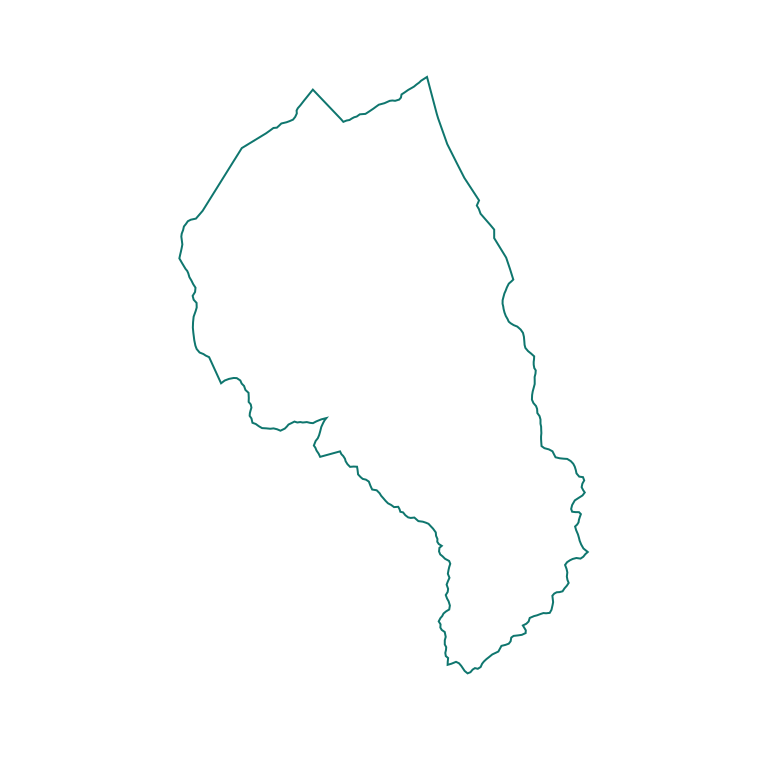 outline of Ibitiara, Bahia, Brazil, rotated 248°
{"feature_id": "56859067B85729192987981", "entity_name": "Ibitiara", "entity_type": "district", "adm_level": 2, "iso_a3": "BRA", "parent_name": "Brazil", "parent_adm1": "Bahia", "projection": "orthographic", "projection_center": [-42.366, -12.553], "detail": "fine", "context": "isolated", "style": "outline", "palette": "teal", "viewbox_px": 768, "rotation_deg": 248, "n_neighbors": 0, "source": "geoboundaries", "source_scale": "gbopen_adm2", "svg_char_len": 4977}
<svg xmlns="http://www.w3.org/2000/svg" viewBox="0 0 768 768"><g transform="rotate(248 384 384)"><path d="M644.0,480.1L643.3,477.4L642.2,472.2L641.4,468.0L643.1,462.6L642.2,458.9L642.5,456.2L642.2,453.5L641.7,450.9L642.3,448.0L642.3,444.5L645.8,443.3L683.6,428.3L678.1,418.5L676.9,416.3L673.7,410.8L672.0,407.4L670.3,405.4L667.5,404.5L664.9,401.7L663.2,398.7L663.1,394.9L663.2,391.7L664.0,386.4L662.9,383.7L661.8,380.7L662.8,377.4L661.7,373.1L660.6,368.5L659.9,364.2L656.0,340.5L651.4,334.2L646.7,327.7L612.5,280.7L607.8,271.6L608.7,266.4L608.4,263.1L606.5,260.2L605.0,257.5L602.0,255.4L599.2,252.8L596.6,251.3L592.7,250.3L588.9,249.3L585.8,247.3L583.0,245.4L579.9,243.2L577.1,241.3L572.1,242.0L568.3,242.6L565.1,243.1L562.6,243.9L560.0,244.0L556.0,243.6L552.0,244.2L548.0,244.5L543.9,245.3L540.1,243.3L537.4,239.6L533.4,239.1L529.4,240.6L525.1,239.0L522.2,236.7L517.7,232.7L512.8,230.1L507.9,227.9L502.9,226.4L499.1,225.4L495.7,224.5L490.3,223.5L486.6,223.4L482.3,224.8L479.4,227.8L477.2,229.3L474.4,231.9L445.7,233.2L446.9,237.6L446.8,242.2L445.9,246.9L444.6,249.7L441.1,252.1L437.7,252.2L434.6,253.5L430.4,253.3L426.6,255.1L421.7,253.4L418.1,251.8L415.0,252.8L411.7,252.2L409.5,250.4L407.2,248.7L404.8,247.5L401.7,248.2L397.3,247.5L395.0,250.1L391.8,252.1L388.8,254.4L387.0,258.2L385.1,261.8L384.2,265.0L382.1,267.9L379.5,270.5L379.8,275.3L380.9,277.9L382.2,280.3L382.4,283.5L382.7,286.9L380.8,289.2L380.1,292.1L378.7,294.3L377.6,298.2L375.6,301.0L374.3,303.5L374.7,307.3L374.7,312.6L374.0,317.8L372.6,315.3L370.7,313.0L367.7,309.8L364.0,307.1L360.8,304.6L358.5,302.3L356.8,299.3L353.2,295.9L350.7,296.5L347.6,296.5L343.9,297.3L340.4,297.5L338.0,318.0L334.9,318.2L332.5,319.2L329.3,319.8L326.7,319.5L323.3,320.1L319.9,321.5L318.8,325.0L317.4,328.0L314.6,327.4L309.9,326.1L306.5,327.4L304.0,328.7L302.1,331.4L299.2,333.4L294.6,333.3L290.6,333.5L288.2,337.4L284.4,339.0L281.4,339.5L278.3,340.6L275.0,341.7L271.9,343.0L269.2,345.3L266.1,347.2L264.8,351.2L262.1,351.5L259.4,351.3L257.8,353.6L254.4,354.6L251.3,356.4L249.8,358.6L248.8,362.1L244.0,364.5L241.8,368.4L239.6,371.0L237.7,372.9L234.8,374.0L231.5,375.3L227.0,376.4L223.7,375.4L220.3,375.5L217.8,374.3L215.2,374.8L212.3,376.9L211.3,374.0L208.1,372.3L204.9,372.3L202.4,373.7L199.1,375.1L195.5,378.1L192.5,378.1L190.0,376.0L187.3,374.1L184.1,372.1L179.8,372.1L177.0,369.2L174.5,366.9L170.0,366.7L167.3,365.1L165.2,362.2L161.5,362.1L158.3,362.5L153.9,362.1L150.5,360.0L149.9,356.3L148.9,353.2L147.0,351.0L145.8,348.6L143.4,345.8L140.0,346.4L137.1,345.0L134.4,345.4L131.3,347.4L126.4,346.5L123.7,344.4L119.8,342.8L116.7,343.1L114.1,341.8L111.7,340.1L108.6,339.4L105.9,340.8L102.7,339.1L99.8,337.8L99.4,341.7L99.4,346.7L97.0,348.9L93.8,350.0L87.7,351.3L84.4,353.1L84.4,356.2L86.0,359.2L86.5,361.9L84.8,364.3L85.4,367.6L87.9,370.2L89.3,372.7L90.5,375.8L91.4,378.9L92.7,383.1L92.9,386.6L93.1,389.8L94.9,392.0L97.2,394.8L96.6,399.0L96.5,402.4L98.0,405.0L101.2,407.0L101.9,409.8L100.7,414.1L99.8,417.8L100.0,422.0L102.5,423.2L108.1,422.3L108.4,426.2L109.6,429.1L112.5,431.5L112.6,436.2L112.2,439.2L112.1,443.2L111.9,446.0L110.7,448.4L109.7,451.9L111.9,454.7L115.9,457.5L118.4,459.1L121.7,460.0L124.6,460.8L125.9,463.3L126.2,466.1L125.3,468.8L124.9,471.9L126.9,474.8L128.5,478.0L130.4,480.7L133.6,480.7L137.0,481.4L140.6,483.4L144.2,484.0L148.4,484.1L150.2,487.0L150.9,490.4L151.1,493.4L150.6,497.2L148.5,500.8L149.2,504.1L150.8,506.9L151.9,510.0L156.8,507.3L161.3,506.7L165.4,506.7L168.1,507.1L171.9,507.5L176.5,507.4L180.3,507.8L181.3,510.4L182.8,512.5L185.1,513.9L187.4,515.8L189.6,517.8L192.1,516.8L193.6,513.3L195.1,510.6L198.0,510.7L201.3,513.1L204.6,517.3L205.5,521.9L206.3,526.3L208.2,529.5L210.9,528.9L214.3,528.6L217.3,530.6L219.6,533.5L223.1,533.6L225.0,530.3L229.0,529.0L232.4,529.6L235.9,529.9L239.1,529.6L242.5,528.3L245.9,525.8L247.6,522.3L249.3,519.1L251.8,515.6L254.8,515.3L258.5,515.0L261.6,512.4L264.4,508.7L267.4,506.8L271.1,508.0L274.1,509.0L276.6,510.0L279.5,511.5L282.1,512.4L285.6,513.7L288.5,514.2L292.5,515.8L296.0,516.2L299.6,515.3L303.5,516.6L306.6,516.7L310.4,515.4L314.1,515.3L318.3,517.2L321.4,519.1L324.3,521.3L327.5,523.7L330.7,525.0L334.1,526.3L336.8,528.3L339.8,529.8L342.4,529.3L345.7,530.0L348.3,531.0L350.6,532.3L353.4,533.6L357.3,531.7L360.5,529.9L364.5,528.6L367.6,529.0L370.7,530.0L375.3,531.4L379.3,532.0L383.3,531.1L387.3,529.1L390.0,526.3L392.7,524.3L395.1,523.0L397.9,522.9L401.4,522.4L405.2,522.5L408.8,523.0L411.3,523.6L414.0,524.0L417.3,525.4L420.4,527.7L422.9,529.6L424.9,531.7L427.5,534.1L430.3,537.3L431.4,540.5L432.4,543.0L443.4,543.9L455.4,544.6L478.0,540.8L481.4,542.2L485.9,544.0L491.8,542.1L505.7,537.3L510.7,537.5L514.7,536.9L518.6,540.9L545.0,535.7L562.0,534.2L582.8,532.5L586.9,532.7L610.0,533.7L614.4,534.1L652.6,538.9L651.3,532.0L650.3,529.5L649.5,526.3L648.5,523.2L648.1,520.4L647.6,516.6L646.6,512.3L645.9,508.7L643.2,507.0L642.0,504.6L642.4,500.4L643.7,498.0L644.4,495.4L644.2,489.6L644.9,483.8L644.0,480.1Z" fill="none" stroke="#0f766e" stroke-width="2"/></g></svg>